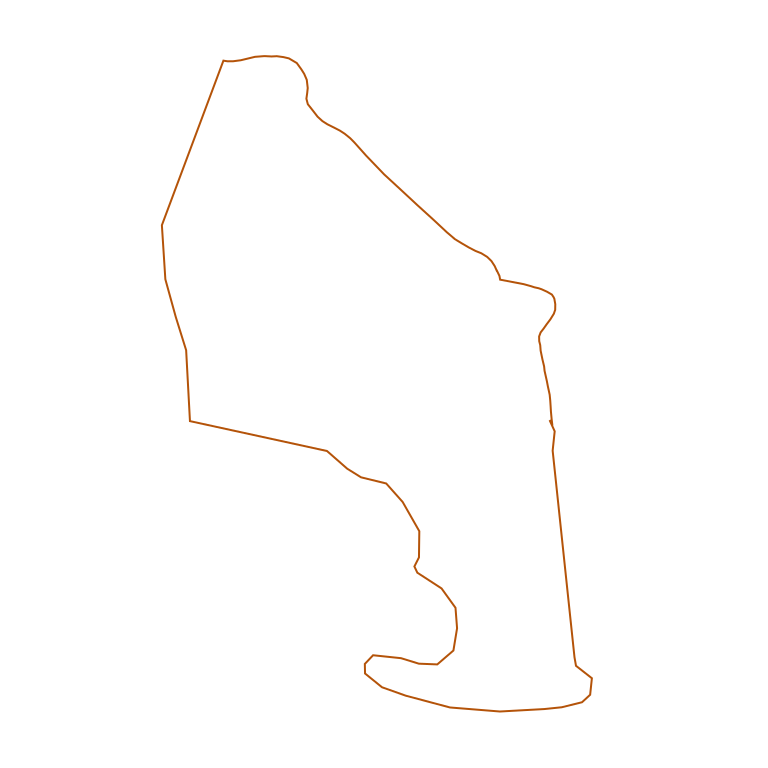 Sauzay, Choiseul, Saint Lucia, rotated 96°
{"feature_id": "8701671B61982793358866", "entity_name": "Sauzay", "entity_type": "district", "adm_level": 2, "iso_a3": "LCA", "parent_name": "Saint Lucia", "parent_adm1": "Choiseul", "projection": "mercator", "projection_center": [-61.034, 13.778], "detail": "fine", "context": "isolated", "style": "outline", "palette": "amber", "viewbox_px": 768, "rotation_deg": 96, "n_neighbors": 0, "source": "geoboundaries", "source_scale": "gbopen_adm2", "svg_char_len": 1600}
<svg xmlns="http://www.w3.org/2000/svg" viewBox="0 0 768 768"><g transform="rotate(96 384 384)"><path d="M635.8,166.0L432.7,209.3L413.2,209.3L402.7,215.5L405.0,212.8L401.0,213.7L394.0,215.1L389.1,215.9L383.3,216.9L377.4,218.1L372.8,219.6L369.5,220.7L364.2,222.3L354.1,225.7L349.8,226.6L343.0,229.0L334.5,231.7L329.0,232.7L325.2,234.1L320.5,234.7L316.3,233.6L312.3,231.1L307.8,228.6L302.3,225.3L296.3,222.4L294.0,221.9L292.4,221.5L286.7,222.0L281.4,223.5L279.8,224.5L277.5,226.4L275.2,231.5L273.3,237.2L272.6,240.2L272.1,244.6L271.4,247.8L270.9,250.7L270.1,255.5L268.1,279.4L264.4,280.5L258.6,284.1L260.4,283.2L255.2,286.2L250.5,290.0L246.8,294.7L243.8,300.9L242.1,306.9L239.3,314.0L236.0,321.3L232.5,328.7L228.6,334.3L226.5,337.4L215.4,352.1L202.5,369.7L189.5,387.0L175.5,405.8L158.7,425.7L146.8,438.8L143.1,443.3L139.2,449.3L136.6,454.4L134.8,459.0L131.6,467.5L129.0,472.7L125.1,478.0L118.3,484.5L113.7,489.0L108.4,491.0L102.6,490.8L97.6,490.8L89.6,492.6L83.9,495.8L79.7,499.1L73.9,504.3L70.1,512.6L69.4,518.2L69.2,524.9L70.0,530.0L70.4,537.2L72.1,546.5L77.0,560.3L78.8,567.8L79.2,571.5L79.4,573.0L79.3,576.1L79.2,577.5L249.3,621.5L302.7,612.4L339.1,598.1L371.1,584.3L441.2,573.1L456.6,433.7L472.1,411.7L479.2,397.1L482.7,371.4L499.4,353.1L526.7,333.5L552.8,331.1L562.3,334.7L568.2,331.1L581.3,305.4L599.1,289.5L619.3,285.8L641.8,287.1L657.3,301.7L658.5,320.1L654.9,338.4L654.9,366.5L664.4,373.8L673.9,372.6L685.8,354.3L691.7,329.8L698.8,284.6L697.6,234.5L690.5,190.5L686.9,173.4L679.8,153.8L671.5,146.5L654.9,146.5L644.2,163.6L635.8,166.0Z" fill="none" stroke="#b45309" stroke-width="2"/></g></svg>